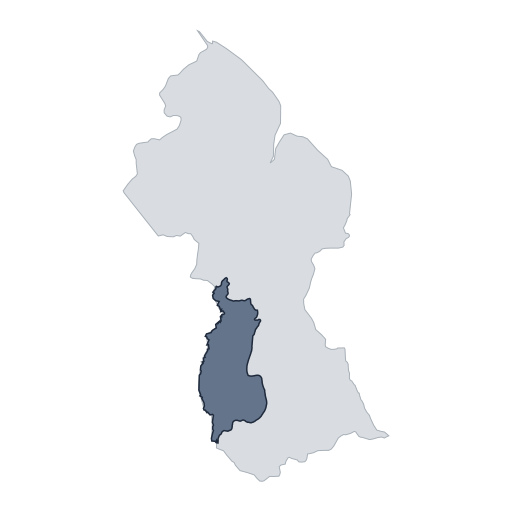 IX-1 Rupununi West, Upper Takutu-Upper Essequibo, Guyana (highlighted)
{"feature_id": "73187651B14852666038275", "entity_name": "IX-1 Rupununi West", "entity_type": "district", "adm_level": 2, "iso_a3": "GUY", "parent_name": "Guyana", "parent_adm1": "Upper Takutu-Upper Essequibo", "projection": "robinson", "projection_center": [-59.236, 3.169], "detail": "fine", "context": "in_parent", "style": "filled", "palette": "slate", "viewbox_px": 512, "rotation_deg": 0, "n_neighbors": 0, "source": "geoboundaries", "source_scale": "gbopen_adm2", "svg_char_len": 9598}
<svg xmlns="http://www.w3.org/2000/svg" viewBox="0 0 512 512"><path d="M158.3,236.0L146.8,221.5L135.3,207.0L124.0,192.7L123.2,190.8L128.0,184.0L132.2,179.1L135.8,176.3L137.4,173.9L136.2,163.4L136.2,159.7L134.6,155.6L133.4,151.0L134.8,147.1L136.5,144.4L138.7,143.4L144.0,142.5L147.8,142.1L149.1,140.6L151.3,138.8L154.1,138.7L159.7,139.9L162.2,137.6L166.8,134.5L177.1,129.1L179.4,125.5L181.1,120.1L180.9,117.5L179.8,116.5L177.3,115.6L173.3,115.5L170.2,116.9L167.0,116.1L164.2,112.8L164.1,110.0L165.7,106.0L164.8,103.4L159.6,95.1L159.7,92.9L163.4,89.1L165.5,86.0L168.4,78.4L170.7,75.9L177.9,75.0L179.7,73.4L183.4,69.3L188.9,64.8L196.7,61.1L199.0,54.5L200.4,52.7L206.6,49.2L207.7,47.3L207.6,45.6L197.5,30.7L199.5,31.7L207.3,41.5L211.6,43.6L212.5,43.6L212.6,41.1L216.5,42.2L226.7,48.8L241.6,59.8L262.6,80.6L268.6,88.5L272.6,92.2L278.9,101.3L280.7,105.7L280.5,123.4L275.0,135.3L273.7,144.3L273.4,156.2L270.1,163.1L274.4,159.4L275.7,148.6L279.4,142.0L284.1,134.8L290.4,133.1L297.2,136.2L302.6,136.7L307.4,138.8L317.7,150.3L327.7,159.4L331.4,166.7L342.0,170.3L348.3,176.1L350.3,181.1L351.6,194.1L349.5,213.7L350.1,214.7L347.2,218.6L346.7,221.1L344.8,225.4L343.4,227.8L345.5,233.2L347.9,233.5L348.8,234.2L349.4,235.2L349.3,236.4L348.4,237.4L346.1,238.7L343.9,241.9L344.1,245.3L342.8,247.1L338.4,248.1L329.8,248.1L325.6,248.3L322.2,248.9L320.0,251.1L317.2,252.7L315.0,253.1L313.0,255.7L311.1,259.4L311.7,261.9L313.7,265.3L314.9,268.7L313.4,274.3L311.7,278.6L310.7,281.9L309.3,288.2L306.0,295.2L303.6,299.1L303.7,303.4L304.8,309.5L311.6,318.5L313.8,322.7L315.7,329.5L321.7,334.9L325.6,339.3L325.2,345.0L325.7,346.8L328.1,348.2L331.0,349.4L334.2,349.3L337.0,348.8L337.7,348.0L344.3,347.9L345.0,349.3L345.4,357.6L345.7,360.9L347.3,362.3L348.2,364.3L348.2,366.2L348.6,370.8L349.5,373.2L349.4,378.2L350.1,380.0L351.9,381.2L354.2,384.7L355.0,385.2L355.5,386.4L357.5,391.5L358.5,393.0L359.2,393.2L359.5,395.0L360.9,399.7L361.9,400.8L363.7,404.3L364.5,408.1L366.9,412.3L369.4,415.3L370.5,418.4L373.7,425.3L376.8,430.1L380.9,431.3L384.4,432.0L386.6,433.8L388.8,435.8L386.5,436.8L384.4,438.0L381.5,437.0L377.6,437.6L373.4,438.9L369.6,439.6L362.4,437.4L360.2,437.1L358.7,436.2L355.7,431.9L354.3,431.4L350.5,433.4L345.8,434.8L343.6,434.5L340.9,436.0L338.4,437.9L333.7,446.2L331.2,449.1L328.6,450.4L323.3,450.4L317.7,450.7L313.5,452.7L309.5,453.7L307.6,453.9L306.9,458.4L306.0,460.5L304.8,461.7L301.7,462.1L298.9,461.9L297.3,460.0L294.2,459.1L291.4,458.4L289.6,457.3L288.2,457.6L287.0,459.5L286.0,461.1L285.2,464.1L281.0,465.0L279.2,466.7L280.3,472.3L279.8,474.5L278.9,476.2L273.9,476.5L269.6,476.4L267.1,478.4L264.0,480.8L262.1,481.3L259.9,481.1L257.0,478.4L254.2,474.9L247.1,472.5L240.0,470.6L235.3,465.1L234.2,462.5L232.0,461.3L226.5,454.8L223.5,450.7L220.2,449.6L216.4,447.9L216.6,444.9L216.3,442.0L214.7,440.8L212.4,440.0L211.6,438.4L211.8,434.6L212.2,424.8L211.6,415.5L206.5,412.2L204.3,410.0L200.5,396.2L198.7,390.0L198.6,385.4L199.9,371.6L201.3,365.6L205.2,353.6L207.5,349.6L207.6,346.5L207.4,342.6L206.3,335.0L212.9,330.1L215.7,328.1L216.2,324.8L219.8,320.7L221.4,316.8L222.7,313.7L222.3,312.1L220.8,311.2L218.9,308.2L215.1,299.8L213.7,298.1L212.5,295.8L213.1,292.0L214.6,288.0L214.4,286.3L212.1,284.1L207.4,280.5L203.5,280.2L200.4,278.9L196.0,278.7L192.4,278.3L190.3,277.0L190.8,274.7L191.7,273.0L194.7,268.8L196.7,264.3L196.9,259.8L197.6,254.0L198.4,249.0L198.9,243.3L194.2,239.5L192.7,236.4L190.7,233.7L188.6,233.7L185.3,232.5L180.3,236.1L176.3,235.5L173.5,236.8L167.2,236.5L163.2,234.8L158.3,236.0Z" fill="#d9dde1" stroke="#a8b0b8" stroke-width="1"/><path d="M226.2,277.7L225.7,278.0L225.1,278.4L224.7,278.6L224.3,279.1L224.0,279.5L223.6,279.8L223.1,280.3L222.6,280.6L222.2,281.2L221.9,281.6L221.7,282.2L221.5,282.8L221.4,283.3L221.5,283.8L221.4,284.4L221.2,284.9L220.6,285.7L220.2,286.1L219.7,286.3L219.2,286.5L218.8,286.7L217.8,287.0L216.3,286.3L216.0,286.6L215.8,288.8L212.9,292.2L214.2,293.2L212.6,295.3L213.2,298.5L215.7,300.7L219.1,301.5L217.3,305.3L219.2,306.3L220.6,310.0L221.4,309.5L220.8,311.6L222.9,310.9L224.6,313.1L223.9,314.3L221.9,314.6L221.7,316.4L221.2,315.7L220.4,316.5L221.1,320.9L220.1,321.0L220.2,322.2L219.3,321.7L218.4,322.9L218.5,322.0L215.7,324.4L216.3,327.9L212.2,330.5L211.1,332.6L206.5,333.9L205.3,336.4L206.8,337.0L207.1,338.5L209.0,339.9L206.9,344.9L208.4,344.7L209.0,348.8L207.4,349.3L207.7,350.6L204.4,356.1L205.1,357.3L203.3,358.1L203.8,361.5L202.6,361.9L203.3,362.1L202.7,362.9L203.3,364.1L202.6,363.6L200.8,366.0L200.4,370.0L201.2,371.0L200.6,373.8L199.3,375.2L198.9,390.1L200.7,394.9L199.9,395.9L202.3,397.3L201.8,398.4L204.0,402.7L204.4,406.2L203.4,408.4L204.0,410.0L205.4,410.2L206.9,412.6L207.7,412.1L210.0,414.9L212.5,414.4L213.4,415.3L212.4,422.3L213.5,425.2L212.7,426.7L212.7,429.2L213.5,430.6L212.8,432.3L211.4,438.4L211.8,441.0L215.0,441.3L215.8,442.2L216.6,440.2L217.3,441.9L217.0,443.6L217.7,441.6L217.9,442.3L218.0,442.4L218.0,441.9L218.1,441.3L218.1,440.6L218.1,440.0L218.0,439.5L218.1,438.9L218.2,438.4L218.4,437.8L218.6,437.3L218.9,436.6L219.1,436.0L219.4,435.4L219.7,435.0L220.3,434.7L220.8,434.3L221.3,433.7L221.5,433.2L221.7,432.6L221.9,432.1L222.3,431.7L222.8,431.3L223.9,430.6L224.5,430.6L225.1,430.8L226.2,430.9L226.7,431.0L227.3,431.1L227.9,431.2L228.6,430.9L229.1,430.7L229.5,430.4L230.0,430.3L230.5,430.1L231.0,429.9L231.3,429.5L231.7,428.9L231.9,428.4L232.0,427.8L232.2,426.8L232.2,426.1L232.2,425.6L232.3,425.0L232.5,424.5L232.6,423.1L232.7,422.6L233.0,422.1L233.3,421.6L233.7,421.3L234.1,420.9L234.5,420.7L235.0,420.5L235.5,420.3L235.9,420.3L236.5,420.3L237.0,420.3L237.6,420.4L238.2,420.6L238.8,420.8L239.4,421.0L239.9,421.1L240.5,421.1L241.0,420.9L241.4,420.7L241.9,420.4L242.4,420.2L242.9,420.0L243.6,420.1L244.0,420.3L244.5,420.4L245.0,420.7L245.4,421.1L245.9,421.5L246.5,421.8L247.1,422.0L247.6,422.3L248.1,422.2L248.6,422.3L249.2,422.4L249.8,422.6L250.3,422.7L250.9,422.8L251.5,422.7L252.0,422.4L252.5,422.3L253.2,422.1L253.7,421.9L254.1,421.6L254.6,421.4L255.0,421.1L255.4,420.8L255.8,420.4L256.8,419.8L257.7,419.3L258.2,419.0L258.6,418.7L259.0,418.4L259.4,418.0L259.8,417.7L260.2,417.2L260.7,416.7L261.1,416.3L261.4,415.8L261.7,415.2L262.1,414.7L262.5,414.1L262.8,413.6L263.1,413.0L263.5,412.6L263.8,412.0L264.3,411.4L264.6,410.9L264.9,410.2L265.1,409.7L265.4,409.1L265.6,408.5L265.8,407.8L266.0,407.2L266.1,406.7L266.2,406.0L266.3,405.4L266.5,404.7L266.6,404.2L266.7,403.7L266.7,403.1L266.7,402.5L266.6,401.8L266.6,401.2L266.5,400.6L266.3,399.8L266.2,399.3L266.1,398.8L265.9,398.3L265.6,396.9L265.4,396.2L265.3,395.5L265.2,395.0L265.2,394.4L265.0,393.3L264.9,392.8L264.8,392.2L264.7,391.5L264.7,390.9L264.7,390.2L264.5,389.6L264.2,389.1L263.9,388.5L263.7,388.0L263.5,387.5L263.3,386.9L263.1,386.4L262.9,385.7L262.5,384.3L262.4,383.7L262.2,383.1L262.2,382.5L262.1,381.9L262.1,381.3L261.9,380.0L261.8,379.4L261.8,378.8L261.6,378.2L261.4,377.7L261.0,377.1L260.6,376.5L260.0,376.0L259.5,375.7L258.9,375.4L258.4,375.3L257.9,375.3L257.4,375.2L256.9,375.3L256.3,375.3L255.8,375.4L255.3,375.5L254.8,375.6L254.2,375.8L253.7,375.8L253.2,375.9L252.6,376.0L252.0,376.1L251.1,376.1L250.5,376.0L249.9,376.0L249.4,375.8L248.9,375.6L248.3,375.5L247.9,375.0L247.8,374.4L247.6,373.9L247.4,373.4L247.2,372.7L247.1,372.1L246.9,371.5L246.9,370.8L246.8,370.1L246.8,369.5L246.8,368.7L246.8,368.0L246.9,367.3L246.9,366.4L247.0,365.6L247.2,364.7L247.4,363.9L247.5,363.4L247.8,362.5L248.0,361.8L248.1,361.2L248.4,360.4L248.6,359.5L248.8,359.0L249.1,358.3L249.3,357.8L249.5,357.0L249.7,356.3L250.0,355.6L250.3,354.8L250.6,353.9L250.8,353.3L250.9,352.8L251.1,352.2L251.4,351.4L251.6,350.8L251.7,350.0L251.8,349.2L251.9,348.5L252.0,347.9L252.0,347.3L251.9,346.5L251.9,345.8L252.1,344.7L252.1,344.1L252.8,336.0L253.1,335.5L253.6,335.0L253.9,334.7L254.2,334.2L254.4,333.5L254.7,332.2L255.0,331.6L255.2,330.6L255.4,329.9L255.6,329.4L255.9,329.0L256.4,328.5L256.6,328.1L256.9,327.6L257.6,326.5L258.1,326.1L258.4,325.7L258.6,325.3L258.8,324.6L258.9,324.0L259.1,323.5L259.3,322.9L259.6,322.4L260.0,321.9L260.3,321.4L260.6,320.9L260.5,320.3L260.3,319.9L259.9,319.5L259.3,319.5L258.8,319.4L258.4,319.7L257.9,320.1L257.5,320.2L257.0,320.0L256.4,320.1L255.9,320.2L255.4,320.1L254.9,320.0L254.5,319.5L254.7,318.9L255.0,318.4L255.4,318.1L255.8,317.8L256.2,317.6L256.6,317.0L257.0,316.1L257.1,315.6L257.4,315.0L257.6,314.2L257.7,313.3L257.7,312.7L257.7,312.2L257.6,311.5L257.5,310.9L257.4,310.2L256.9,310.1L256.4,310.2L255.8,310.2L255.3,309.8L254.8,309.4L254.4,309.0L254.1,308.5L253.9,308.1L253.1,306.8L252.8,306.1L252.5,305.6L252.2,305.2L251.6,304.8L251.2,304.4L250.9,303.8L250.7,303.2L250.7,302.5L250.6,301.8L250.6,301.2L250.5,300.5L250.5,300.0L250.4,299.3L250.1,298.8L249.5,298.5L249.0,298.7L248.5,298.8L248.0,298.9L247.6,299.1L247.1,299.3L246.6,299.6L246.2,299.9L245.8,300.3L245.4,300.5L244.7,300.7L244.1,300.7L243.5,300.6L243.1,300.5L242.1,300.2L241.5,300.3L241.1,300.3L240.5,300.5L240.1,300.6L239.6,300.8L239.0,300.9L238.5,300.9L237.2,300.8L236.5,300.7L236.0,300.7L235.0,300.8L234.3,300.9L233.8,301.1L233.3,301.0L232.7,300.8L232.2,300.7L231.8,300.4L231.2,300.3L230.2,300.0L229.8,299.8L229.2,299.6L228.8,299.4L228.2,299.1L227.2,298.4L226.7,298.0L226.4,297.5L226.1,297.0L226.2,296.3L226.5,295.8L226.8,295.3L227.3,294.8L227.7,294.3L228.0,293.8L228.1,293.2L228.0,292.5L227.9,291.9L227.6,291.4L227.6,290.7L227.8,290.1L227.8,289.5L227.6,288.6L227.3,288.1L227.1,287.4L227.0,286.9L227.3,286.4L227.6,286.0L228.0,285.5L228.4,285.2L228.7,284.8L229.1,284.3L229.3,283.7L229.0,283.2L228.6,282.6L228.2,282.3L227.7,282.1L227.2,281.8L227.0,281.4L227.0,280.6L227.3,280.0L227.4,279.4L227.3,278.9L227.1,278.4L226.7,278.0L226.2,277.7Z" fill="#64748b" stroke="#1e293b" stroke-width="1.5"/></svg>